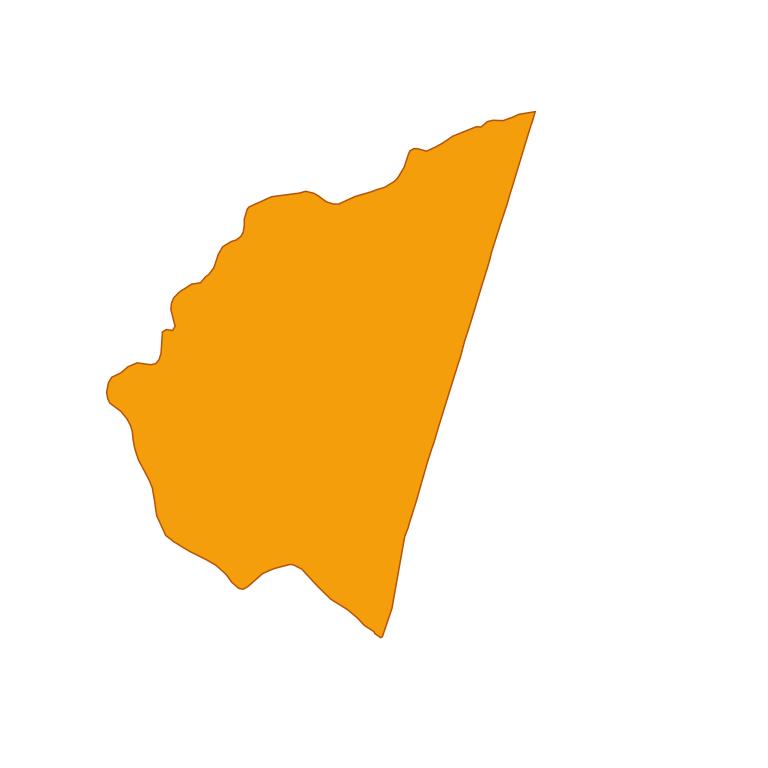 San Jerónimo, Baja Verapaz, Guatemala, rotated 331°
{"feature_id": "79465075B29506691541664", "entity_name": "San Jerónimo", "entity_type": "district", "adm_level": 2, "iso_a3": "GTM", "parent_name": "Guatemala", "parent_adm1": "Baja Verapaz", "projection": "equal_earth", "projection_center": [-90.197, 15.052], "detail": "fine", "context": "isolated", "style": "filled", "palette": "amber", "viewbox_px": 768, "rotation_deg": 331, "n_neighbors": 0, "source": "geoboundaries", "source_scale": "gbopen_adm2", "svg_char_len": 1839}
<svg xmlns="http://www.w3.org/2000/svg" viewBox="0 0 768 768"><g transform="rotate(331 384 384)"><path d="M638.3,228.7L641.6,225.8L648.3,219.1L632.8,213.6L625.8,213.0L615.9,211.4L607.2,206.2L601.5,204.6L593.6,206.3L589.3,203.7L564.4,200.6L552.1,201.7L544.7,201.7L534.0,201.0L527.2,194.2L524.0,192.6L519.6,192.7L516.4,195.2L506.7,204.2L496.5,210.1L491.6,211.8L479.7,212.3L471.7,210.5L466.0,209.7L449.6,206.0L431.3,204.6L426.7,201.8L422.0,196.8L419.6,191.8L417.9,187.7L415.3,183.4L409.0,177.5L402.3,175.9L376.4,165.7L351.7,163.7L349.0,164.9L341.7,172.1L338.6,177.7L334.4,183.0L330.6,185.4L327.7,186.0L324.4,186.4L319.3,185.3L309.3,185.8L301.9,190.3L291.6,199.8L284.0,203.2L280.1,203.7L272.5,206.5L264.3,203.4L249.6,204.3L241.9,206.7L237.4,210.2L233.7,215.5L229.3,232.2L225.0,234.7L220.0,230.8L215.4,231.1L203.9,249.0L199.0,253.7L194.1,255.5L189.5,254.1L185.7,251.4L183.1,249.4L178.3,245.8L168.5,244.8L159.2,246.7L149.2,246.1L143.7,249.2L137.3,256.9L135.2,263.1L135.0,268.0L140.6,280.4L142.3,289.8L142.2,296.9L140.9,303.3L137.6,311.0L134.8,319.4L132.5,330.7L132.0,354.4L130.9,362.9L129.3,367.3L127.1,373.8L125.5,377.9L123.4,383.4L121.3,389.4L119.7,410.7L123.8,420.3L129.2,429.9L133.6,437.3L142.9,450.8L148.8,460.4L151.7,468.4L153.6,474.1L154.7,483.5L157.9,492.4L161.3,495.2L166.7,495.2L185.8,491.0L193.6,491.6L198.9,492.3L213.5,496.0L216.7,497.7L222.3,505.9L228.0,529.3L230.4,537.3L233.2,546.6L242.8,563.9L247.2,575.5L249.8,585.7L255.1,595.6L255.0,597.9L258.2,604.3L260.1,604.2L282.1,584.2L328.2,527.4L335.5,521.4L338.3,518.4L355.1,502.5L383.5,474.0L395.2,463.0L399.0,459.7L414.1,444.9L449.0,411.5L460.6,400.5L464.1,397.3L475.7,385.2L482.2,379.2L488.7,373.1L515.8,346.8L531.3,332.0L537.3,326.0L541.2,321.6L563.2,300.8L578.7,286.6L585.2,280.0L593.8,271.8L635.8,231.0L638.3,228.7Z" fill="#f59e0b" stroke="#b45309" stroke-width="1.5"/></g></svg>